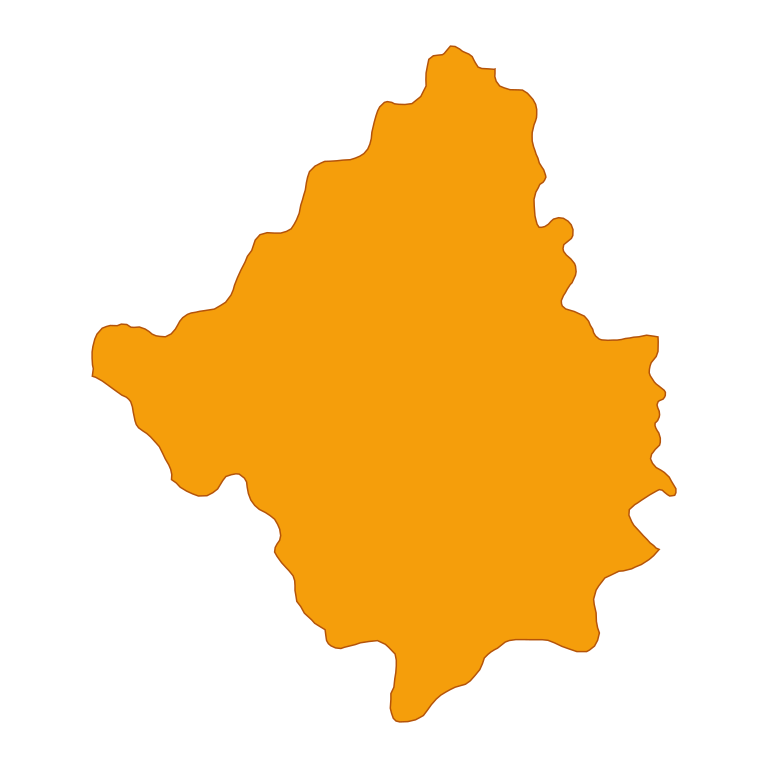 the district of Shumilina, Vitebsk, Belarus
{"feature_id": "67162791B70451788382486", "entity_name": "Shumilina", "entity_type": "district", "adm_level": 2, "iso_a3": "BLR", "parent_name": "Belarus", "parent_adm1": "Vitebsk", "projection": "mercator", "projection_center": [29.497, 55.329], "detail": "fine", "context": "isolated", "style": "filled", "palette": "amber", "viewbox_px": 768, "rotation_deg": 0, "n_neighbors": 0, "source": "geoboundaries", "source_scale": "gbopen_adm2", "svg_char_len": 5375}
<svg xmlns="http://www.w3.org/2000/svg" viewBox="0 0 768 768"><path d="M658.0,336.9L653.8,336.2L646.6,335.2L638.8,336.8L633.6,337.2L629.7,338.0L625.4,338.5L621.5,339.5L617.0,340.1L612.9,340.1L607.8,340.3L601.8,339.9L599.3,339.1L595.6,336.0L593.6,332.7L592.7,329.2L590.3,325.3L588.6,321.2L586.8,318.9L584.3,316.1L574.3,311.5L570.2,310.3L565.6,308.9L562.3,306.0L561.5,303.7L561.3,300.7L563.4,295.7L565.4,292.6L567.1,289.4L570.2,284.6L572.0,282.8L575.5,275.2L576.1,271.7L575.5,266.1L574.5,263.5L570.8,258.9L568.5,256.9L566.3,255.0L563.6,251.4L563.0,248.5L563.8,244.6L567.9,241.3L571.4,238.4L572.8,235.5L573.0,229.6L571.2,224.8L568.1,221.2L563.4,218.3L558.6,217.7L553.5,219.1L551.1,221.2L548.4,224.2L544.9,226.5L541.8,227.3L539.1,227.3L537.1,224.2L535.8,219.5L535.0,216.0L534.6,211.3L534.2,205.5L534.0,199.4L535.8,192.2L538.3,187.7L539.8,184.4L543.0,182.3L544.5,180.3L545.9,177.2L545.5,175.1L543.7,169.8L541.6,166.7L539.3,163.0L537.9,158.1L536.1,154.2L535.0,150.7L533.6,146.8L532.2,141.0L532.1,136.1L532.2,132.6L534.0,124.8L535.4,121.3L536.5,117.6L536.7,114.5L536.7,109.4L535.6,104.3L533.0,99.5L530.3,96.4L527.4,93.2L522.5,90.1L518.8,89.9L510.0,89.7L504.0,87.8L499.7,86.0L496.2,81.3L494.8,76.5L495.0,73.4L495.0,71.2L495.0,69.0L494.2,69.3L489.0,68.9L485.7,68.7L481.8,68.5L478.1,67.1L475.5,63.0L474.2,60.7L472.2,56.6L468.9,54.1L465.6,52.7L462.5,51.3L459.6,49.0L455.1,46.5L450.4,46.1L447.1,50.0L444.2,53.5L442.4,54.7L437.7,55.2L433.3,55.8L428.8,59.3L427.4,66.1L426.1,73.0L425.9,79.6L426.1,86.0L423.7,90.7L420.8,96.5L417.1,99.5L412.0,103.6L405.0,104.5L398.6,104.3L394.5,103.8L391.8,102.4L387.3,101.6L384.4,102.4L379.7,106.9L377.7,110.8L376.0,115.8L374.2,122.3L371.9,132.2L371.3,138.6L369.9,144.1L367.8,149.0L363.9,153.6L359.8,156.2L355.3,158.1L350.3,159.7L343.1,160.1L336.6,160.8L330.2,161.2L324.7,161.4L320.6,163.2L315.0,166.1L309.5,171.6L307.6,177.2L306.4,182.7L305.3,190.1L303.7,195.3L302.5,199.8L300.8,205.1L299.2,213.3L296.5,219.9L294.1,224.4L291.2,228.8L286.5,231.4L280.7,233.1L274.9,233.1L267.1,232.7L260.0,234.7L255.2,240.1L251.7,250.5L247.4,256.3L245.0,262.2L240.8,270.3L237.4,277.8L234.5,285.2L233.2,290.0L231.0,295.1L225.6,302.3L220.7,305.4L214.3,309.1L209.2,309.9L204.1,310.7L199.8,311.3L195.9,312.2L191.1,313.0L187.4,314.4L182.7,317.7L179.8,321.2L177.8,324.9L175.3,329.2L171.2,333.9L165.4,336.8L159.9,336.4L156.0,335.8L152.1,334.1L149.0,331.5L145.1,329.0L139.4,327.0L134.0,327.4L130.9,327.2L126.8,324.5L121.3,324.1L117.2,325.7L110.2,325.5L106.5,326.5L102.2,328.2L97.0,334.1L94.8,339.1L92.9,346.5L92.1,352.0L92.1,358.2L92.5,364.9L93.3,368.7L92.3,376.2L95.7,377.3L102.3,381.0L107.0,384.4L112.6,388.5L117.3,391.9L121.8,395.1L126.4,397.2L128.8,399.3L130.7,401.7L132.4,406.8L133.3,412.4L134.4,417.7L135.0,420.7L136.3,424.6L138.6,427.8L142.7,430.8L146.8,433.5L150.6,436.9L155.5,442.3L159.3,446.6L162.6,453.2L165.3,458.9L168.8,464.9L170.7,469.4L171.8,474.6L171.5,479.6L176.2,482.9L180.2,487.2L186.6,491.1L192.7,493.9L198.4,496.0L207.0,495.7L212.8,492.7L217.6,489.0L222.8,480.5L225.9,476.5L231.3,474.7L235.9,473.8L239.2,474.1L244.4,478.1L246.6,482.0L247.2,487.2L248.4,493.6L250.8,500.0L254.8,505.5L259.3,509.4L265.4,512.5L270.0,515.5L274.6,519.2L277.6,524.3L279.7,529.2L280.7,535.6L279.7,540.2L277.0,544.1L275.2,547.5L274.6,552.0L277.0,556.3L281.6,562.7L285.8,567.3L288.9,570.6L293.1,575.8L294.7,580.7L295.0,585.5L295.0,590.4L295.9,595.6L296.8,601.4L300.7,606.5L304.4,613.2L311.7,619.9L314.7,623.3L320.5,626.9L325.1,629.7L325.7,634.5L326.3,638.8L326.6,640.6L328.4,643.7L330.9,645.8L335.5,647.9L340.9,648.5L344.3,647.3L355.2,644.6L360.4,642.8L368.9,641.5L377.5,640.6L385.4,644.3L388.7,647.3L395.1,654.0L396.3,660.1L396.3,665.9L395.8,672.6L394.8,678.8L393.9,687.2L390.9,693.6L390.9,699.4L390.3,708.2L391.5,713.1L393.3,718.3L396.0,721.0L399.7,721.9L407.9,721.6L415.5,719.8L419.5,717.7L423.4,715.5L426.8,711.0L431.4,704.6L436.2,699.1L440.8,695.1L445.7,692.1L450.2,689.6L455.1,687.2L465.5,684.2L470.3,680.8L474.9,675.6L479.8,669.6L482.5,663.5L484.3,658.0L488.0,654.3L491.0,651.9L494.5,649.7L497.5,648.2L501.0,645.4L505.3,642.0L509.4,640.5L515.7,639.6L524.6,639.6L530.0,639.7L536.1,639.7L542.2,639.7L548.0,640.3L554.4,642.8L562.0,646.4L569.0,648.9L576.9,651.6L582.1,651.6L586.6,651.6L589.4,650.1L594.5,646.1L597.6,640.3L599.4,633.0L597.6,627.8L596.4,621.5L596.1,612.9L594.2,604.4L593.6,599.2L596.1,590.1L598.8,585.8L604.9,577.9L610.1,575.5L618.9,571.2L623.2,570.9L631.7,568.8L635.3,567.0L641.4,564.5L649.0,559.6L653.6,555.7L656.6,552.3L659.2,549.4L656.1,548.1L653.7,545.6L650.0,542.8L647.2,539.6L643.1,535.5L639.1,531.0L633.9,525.4L631.8,521.9L628.9,515.2L629.3,509.6L634.8,504.6L637.3,503.1L641.2,500.4L644.7,498.1L649.8,494.8L656.5,491.0L659.3,489.6L662.3,490.2L664.3,492.1L667.4,494.6L669.7,496.0L672.4,495.7L674.7,495.3L675.9,492.7L675.9,488.7L671.4,481.2L669.2,477.1L664.4,472.5L661.1,470.3L656.1,467.5L652.5,463.3L650.5,458.8L651.7,453.9L652.7,452.8L655.3,449.3L656.8,447.9L659.6,445.1L660.3,442.2L660.3,438.1L658.8,433.0L657.2,430.6L655.8,428.0L655.0,425.6L655.1,423.1L657.6,420.6L659.2,417.0L659.6,414.8L659.2,411.2L657.8,407.9L657.0,404.9L658.0,401.9L659.3,400.7L663.1,399.1L664.6,397.1L665.3,395.4L665.4,392.3L664.2,390.3L661.7,388.3L659.7,386.7L656.3,384.1L654.3,382.0L652.5,379.2L650.2,375.7L649.2,372.8L649.4,369.3L650.1,365.8L651.2,362.7L652.7,360.8L656.2,356.5L658.0,351.4L658.1,346.9L658.2,341.7L658.0,336.9Z" fill="#f59e0b" stroke="#b45309" stroke-width="1.5"/></svg>